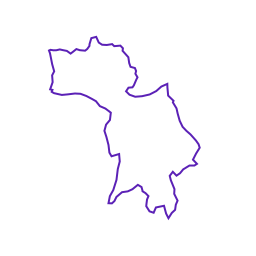 Paramytha, Limassol, Cyprus (Albers equal-area conic projection), rotated 252°
{"feature_id": "46923920B63427576461062", "entity_name": "Paramytha", "entity_type": "district", "adm_level": 2, "iso_a3": "CYP", "parent_name": "Cyprus", "parent_adm1": "Limassol", "projection": "albers", "projection_center": [32.975, 34.759], "detail": "fine", "context": "isolated", "style": "outline", "palette": "violet", "viewbox_px": 256, "rotation_deg": 252, "n_neighbors": 0, "source": "geoboundaries", "source_scale": "gbopen_adm2", "svg_char_len": 1672}
<svg xmlns="http://www.w3.org/2000/svg" viewBox="0 0 256 256"><g transform="rotate(252 128 128)"><path d="M186.0,66.6L184.0,68.4L179.9,75.3L178.6,81.1L177.2,88.2L175.2,93.4L171.3,98.3L166.9,102.6L163.4,105.8L157.5,108.0L153.5,112.5L147.9,116.4L141.2,113.3L138.0,108.2L132.6,104.7L126.1,104.7L117.9,104.2L110.3,102.7L106.2,103.6L106.0,111.5L98.7,109.8L92.1,105.6L82.2,101.0L73.5,94.8L68.8,89.7L62.5,86.2L61.3,89.4L62.7,92.5L66.0,95.7L68.8,102.5L67.8,108.2L68.4,113.3L70.9,119.8L67.7,122.6L63.5,122.4L63.3,122.3L60.7,124.5L56.9,126.4L54.1,124.0L50.1,122.1L48.0,121.2L42.1,122.7L39.5,126.2L43.8,130.0L42.9,138.2L34.9,137.8L29.7,138.6L33.7,143.4L35.6,147.5L40.3,149.8L43.6,152.7L51.1,151.6L55.5,153.3L65.1,152.6L69.6,152.9L72.5,157.1L67.7,159.4L68.9,163.5L71.6,167.7L73.3,174.8L71.8,179.6L72.6,182.5L77.8,180.0L82.7,184.9L87.1,190.1L90.3,190.1L90.8,190.1L95.2,188.7L102.5,185.5L107.2,182.7L112.2,180.3L118.9,179.4L126.4,179.7L131.7,180.2L138.5,178.6L139.8,179.7L146.4,176.2L154.3,178.0L157.8,179.0L157.1,172.5L154.4,166.3L153.2,159.0L153.9,151.2L155.5,144.5L159.2,139.7L163.5,137.5L166.2,140.9L165.3,144.8L166.7,146.7L171.5,150.9L173.3,152.7L177.3,151.8L179.7,153.3L182.9,153.1L185.4,149.3L189.4,149.2L195.2,150.2L198.6,148.7L203.1,146.7L205.4,147.8L208.7,146.2L210.1,140.2L212.7,138.8L212.7,138.6L213.5,133.5L215.2,129.1L218.3,126.6L224.5,125.9L224.8,120.9L219.6,117.3L218.0,116.7L215.7,113.6L214.8,111.1L216.9,106.2L219.0,103.3L217.5,99.3L216.5,96.4L220.2,93.7L222.2,90.1L223.8,87.4L224.1,83.9L224.9,81.2L226.3,78.4L226.1,76.8L223.1,76.9L212.1,75.6L204.7,75.3L201.5,72.1L194.9,70.5L188.8,65.9L187.6,67.9L186.0,66.6Z" fill="none" stroke="#5b21b6" stroke-width="2"/></g></svg>